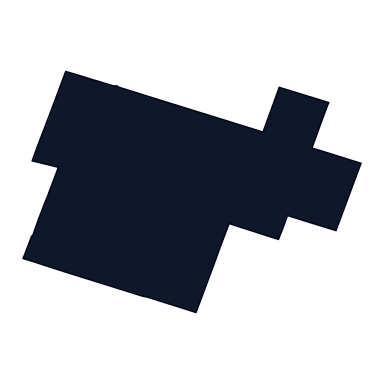 Stefan Cel Mare, Olt, Romania (Natural Earth projection)
{"feature_id": "2599482B22741879440662", "entity_name": "Stefan Cel Mare", "entity_type": "district", "adm_level": 2, "iso_a3": "ROU", "parent_name": "Romania", "parent_adm1": "Olt", "projection": "natural_earth1", "projection_center": [24.217, 43.82], "detail": "fine", "context": "isolated", "style": "filled", "palette": "ink", "viewbox_px": 384, "rotation_deg": 0, "n_neighbors": 0, "source": "geoboundaries", "source_scale": "gbopen_adm2", "svg_char_len": 1651}
<svg xmlns="http://www.w3.org/2000/svg" viewBox="0 0 384 384"><path d="M336.0,230.6L338.4,224.0L343.0,211.7L361.0,163.3L346.3,158.7L331.3,154.0L312.1,148.0L312.4,146.6L317.1,133.9L320.6,124.1L321.3,122.2L326.8,107.4L328.7,102.6L321.4,100.3L280.4,87.7L279.2,87.3L274.0,101.9L271.2,109.6L263.1,131.7L263.0,132.1L213.9,116.8L213.7,116.5L213.2,116.4L212.9,116.5L181.0,106.6L141.4,94.3L126.5,89.6L117.9,86.9L117.5,86.8L117.6,86.4L117.5,86.1L116.8,85.9L115.0,85.9L114.6,85.9L114.4,85.9L114.3,86.1L105.4,83.5L97.7,81.1L92.5,79.6L91.3,79.2L88.7,78.4L82.2,76.4L66.5,71.7L65.7,71.5L56.9,95.1L50.4,112.5L40.2,139.1L36.3,149.4L34.7,154.0L33.7,156.5L32.2,160.9L46.3,164.3L54.6,166.4L58.3,167.3L57.0,171.1L51.9,184.6L49.5,190.9L47.3,196.9L44.7,203.0L44.4,203.8L44.1,204.6L43.8,205.4L43.5,206.2L43.2,206.9L42.9,207.8L42.7,208.2L42.2,209.6L41.9,210.5L41.5,211.3L41.2,212.2L40.9,213.1L40.5,214.0L40.3,214.4L40.2,214.8L40.1,215.0L39.9,215.7L39.5,216.5L39.2,217.5L38.7,218.6L38.5,219.2L38.5,219.4L38.3,219.9L38.1,220.4L38.0,220.9L37.9,221.1L37.6,221.9L37.1,223.2L36.9,223.9L36.6,224.6L36.4,225.3L36.1,225.9L35.9,226.5L35.7,227.2L35.5,227.5L35.2,228.5L34.7,229.8L34.1,231.6L33.5,233.4L32.9,235.0L32.4,236.4L31.6,236.1L30.9,238.0L28.9,243.5L26.0,250.9L24.7,254.5L23.0,258.4L23.9,258.8L35.7,262.4L46.7,266.1L47.1,265.8L47.8,265.9L48.1,266.2L48.2,266.6L49.0,266.8L72.1,274.2L96.5,281.8L121.2,289.5L126.5,291.2L140.4,295.5L144.2,296.6L145.2,296.5L170.4,304.4L196.0,312.5L205.0,288.5L210.9,272.5L212.6,268.1L220.7,245.8L229.1,223.6L278.4,239.4L278.7,238.8L282.8,228.4L286.1,219.6L287.4,215.5L311.7,223.1L336.0,230.6Z" fill="#0f172a" stroke="#020617" stroke-width="1.5"/></svg>